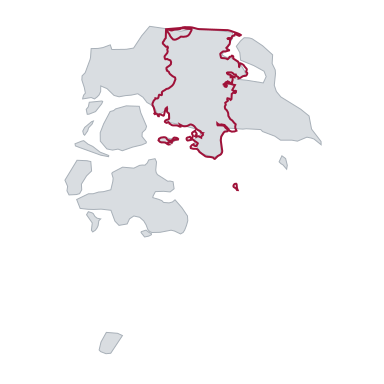 Midtjylland on a map of Denmark (Albers equal-area conic projection), rotated 92°
{"feature_id": "DNK-3416", "entity_name": "Midtjylland", "entity_type": "Region", "adm_level": 1, "iso_a3": "DNK", "parent_name": "Denmark", "parent_adm1": "", "projection": "albers", "projection_center": [9.543, 56.244], "detail": "fine", "context": "in_parent", "style": "outline", "palette": "rose", "viewbox_px": 384, "rotation_deg": 92, "n_neighbors": 0, "source": "natural_earth", "source_scale": "10m", "svg_char_len": 9424}
<svg xmlns="http://www.w3.org/2000/svg" viewBox="0 0 384 384"><g transform="rotate(92 192 192)"><path d="M102.8,304.5L102.1,304.5L99.0,303.7L96.9,302.0L91.3,303.3L83.9,306.0L79.8,305.9L76.5,302.9L63.2,298.5L61.0,298.1L52.2,297.8L51.8,291.0L50.8,286.1L47.8,278.8L52.4,277.1L51.7,262.8L50.2,255.4L37.6,247.7L27.9,240.1L30.6,215.4L31.7,208.7L28.3,195.7L29.0,180.8L31.0,157.3L34.1,156.4L36.3,156.6L45.0,161.0L48.6,161.4L51.0,165.2L53.9,166.8L56.0,162.9L56.9,156.0L63.9,147.2L68.7,144.0L72.0,142.5L75.3,146.1L77.8,150.1L78.4,141.3L80.5,124.6L74.1,121.9L68.8,124.2L63.5,134.7L58.6,148.0L51.0,149.1L44.9,152.8L39.4,148.8L36.0,145.3L36.0,140.2L36.8,137.2L43.4,126.5L52.1,116.2L60.8,116.4L67.1,113.1L70.8,112.7L82.5,113.5L88.6,111.2L93.9,106.5L105.5,86.2L111.9,77.7L125.0,74.7L137.0,64.8L140.3,64.6L134.8,71.9L133.9,74.8L133.2,79.1L137.5,88.4L136.7,94.1L137.1,105.3L133.3,111.2L129.1,123.6L127.2,125.5L126.9,140.0L127.4,143.4L126.9,156.6L131.6,162.0L136.4,164.7L152.6,164.4L154.3,166.7L156.3,170.8L155.0,177.7L153.4,183.0L148.8,187.5L142.8,190.8L139.0,191.1L133.8,184.9L131.4,186.9L128.9,190.1L124.9,207.3L123.0,218.8L121.9,219.8L119.5,218.1L115.3,218.0L110.1,220.8L112.8,223.2L115.7,227.4L114.6,229.6L109.9,231.9L105.9,236.6L104.1,240.1L99.0,244.3L95.7,249.6L97.3,256.1L98.0,261.9L99.4,268.2L98.2,273.3L91.6,280.6L89.2,286.9L94.8,286.8L98.3,288.3L100.3,290.1L102.4,292.7L101.1,296.0L102.8,304.5ZM233.4,222.5L233.9,230.7L232.8,233.1L231.1,234.8L226.5,236.7L222.6,239.2L219.1,243.4L218.0,249.3L221.0,253.5L226.2,255.7L227.9,263.8L223.8,268.0L213.1,272.4L212.3,282.2L212.9,289.8L212.9,295.4L212.3,303.2L203.5,307.0L197.4,295.4L197.2,290.7L195.3,285.3L194.8,280.6L192.6,273.2L184.2,271.5L180.9,271.3L176.4,272.8L175.3,272.3L169.6,262.2L170.2,250.9L167.2,245.3L166.8,242.7L166.8,239.9L164.4,237.6L161.5,236.4L160.0,230.1L163.2,228.5L171.3,229.0L173.7,228.5L175.8,227.2L182.1,216.6L181.8,214.3L182.4,211.3L189.4,210.0L192.7,213.9L192.3,220.4L192.9,228.6L197.3,230.7L199.0,231.0L200.6,224.8L201.7,221.8L203.4,220.1L203.7,214.5L202.6,211.1L200.4,208.7L208.1,201.5L216.1,195.7L220.9,195.2L225.8,196.4L230.3,198.0L232.8,199.5L234.3,202.0L231.6,208.2L230.9,211.6L233.4,222.5ZM144.7,239.6L146.7,243.8L149.2,252.9L153.2,263.1L151.7,267.4L152.9,272.9L151.9,278.6L144.4,285.4L135.9,285.8L127.0,282.7L114.4,276.6L113.4,273.2L111.6,271.2L108.2,260.7L108.2,247.7L114.5,246.0L128.0,239.7L131.1,240.6L134.4,243.8L138.2,243.9L143.6,239.3L144.7,239.6ZM179.5,297.9L188.0,302.8L193.7,302.3L197.6,304.3L198.6,307.5L199.2,314.8L195.2,317.0L190.7,316.5L184.6,319.4L164.3,308.0L164.4,298.1L165.1,294.2L174.5,293.1L179.5,297.9ZM354.7,277.8L353.1,279.3L345.1,277.7L335.3,272.7L335.8,261.5L337.9,256.5L356.0,267.6L356.6,272.3L354.7,277.8ZM150.0,310.1L147.9,310.6L145.0,304.0L144.5,302.0L147.8,297.6L149.9,292.8L155.4,285.2L158.4,276.5L159.6,276.6L158.4,284.4L151.4,306.1L150.0,310.1ZM118.0,299.4L113.1,300.6L110.5,298.6L105.9,297.8L104.2,285.2L104.7,284.4L107.0,285.3L115.0,291.2L117.8,297.6L118.0,299.4ZM235.4,289.8L233.7,291.2L226.4,290.6L218.4,296.6L215.3,294.9L216.3,291.2L217.1,289.9L219.8,288.2L221.5,285.9L222.1,282.3L223.9,284.1L229.0,284.7L231.5,285.8L233.6,287.3L235.4,289.8ZM142.7,225.3L141.9,226.8L139.0,225.3L138.6,220.0L139.6,215.2L138.3,211.0L139.7,208.2L143.9,214.5L145.1,217.5L143.5,221.1L142.7,225.3ZM160.6,104.1L158.8,106.0L152.7,103.4L155.3,99.6L162.0,97.7L165.9,98.2L161.7,102.1L160.6,104.1ZM138.0,302.4L134.9,303.3L131.2,301.5L125.2,294.8L124.5,293.0L127.6,294.2L131.5,297.6L134.6,298.4L139.0,301.3L138.0,302.4ZM238.6,237.8L234.3,241.5L233.4,241.3L231.7,236.6L233.9,233.6L235.2,231.0L236.1,231.1L237.6,233.7L238.6,237.8Z" fill="#d9dde1" stroke="#a8b0b8" stroke-width="1"/><path d="M30.2,223.6L28.6,210.0L28.4,209.2L28.3,208.2L28.5,208.0L29.4,209.1L30.4,215.4L31.2,217.6L31.3,218.5L31.1,219.3L30.7,220.4L30.5,221.4L30.7,222.5L31.1,222.7L33.2,221.6L35.4,219.9L36.5,219.5L38.3,218.1L40.2,216.2L40.4,214.9L40.2,213.5L39.5,212.1L38.8,210.8L37.1,208.5L37.2,206.0L36.7,203.0L35.6,201.1L34.0,199.9L30.5,198.2L29.5,198.1L29.1,198.8L29.1,202.3L29.0,203.9L28.6,205.8L28.8,207.2L28.7,207.7L28.0,207.5L27.8,207.0L27.5,205.2L27.4,199.2L27.6,197.3L28.8,192.2L29.0,190.3L29.0,161.8L29.3,160.4L29.6,159.0L31.8,152.0L32.7,149.8L33.4,148.7L33.7,148.9L33.9,149.7L34.3,150.1L34.2,150.7L32.8,154.0L32.8,154.6L33.4,155.0L34.2,155.1L34.7,157.1L35.1,157.4L36.9,157.8L37.4,158.2L36.8,158.6L36.9,159.3L36.8,160.6L37.0,161.4L37.4,161.8L37.8,161.6L37.9,161.0L37.7,160.3L37.7,159.7L39.1,159.3L41.3,159.3L43.3,159.7L44.2,160.7L44.6,160.8L46.8,162.7L47.4,162.4L48.0,161.7L48.9,159.9L49.2,159.9L50.5,163.8L50.5,164.4L50.3,164.8L50.4,165.6L50.7,166.3L51.4,167.0L52.3,168.1L52.8,168.5L53.6,168.5L56.7,167.7L56.9,167.3L57.1,166.7L57.2,163.9L57.5,162.2L58.1,161.3L57.8,160.6L56.5,159.5L55.7,159.2L55.5,158.8L55.4,158.1L55.2,157.3L54.4,156.9L54.5,156.1L55.1,155.5L57.2,155.4L60.1,150.5L60.8,150.1L62.7,149.5L65.2,149.4L65.3,149.2L64.2,148.8L62.2,148.7L61.7,148.3L62.2,146.8L62.9,145.5L63.4,144.8L64.8,143.8L67.0,141.7L67.8,141.5L69.7,142.1L70.2,142.0L70.7,141.3L71.0,141.0L71.8,140.9L72.9,141.3L73.8,142.0L74.1,143.0L74.4,144.9L75.0,146.0L75.7,146.9L76.3,147.8L76.9,149.5L75.6,149.8L74.3,152.0L73.1,152.3L73.1,152.9L73.3,153.6L72.8,154.3L71.6,155.6L71.1,156.8L71.1,157.8L71.2,160.4L71.6,161.2L72.3,161.1L73.1,160.2L73.7,157.5L74.4,157.4L75.2,157.5L75.9,157.4L75.6,156.6L75.3,156.3L74.8,156.4L74.4,156.8L75.4,154.5L75.6,153.4L75.9,153.4L75.6,155.2L76.8,155.5L78.4,155.3L79.4,155.4L80.1,155.8L81.4,155.8L81.8,156.8L81.6,157.6L80.6,159.1L80.2,160.2L80.7,160.4L80.8,161.3L81.1,161.9L81.5,162.4L82.7,163.0L83.2,164.2L83.6,164.2L84.5,162.4L85.2,163.0L85.7,162.4L85.7,161.3L84.7,160.8L83.3,161.6L83.2,161.9L83.0,162.0L82.5,161.9L82.1,161.7L82.1,161.2L82.3,160.8L82.5,157.7L83.2,155.1L83.6,152.8L88.6,155.3L89.7,153.5L89.3,152.3L89.6,151.5L90.9,151.6L91.6,152.3L91.3,154.3L92.6,155.7L97.7,155.8L98.6,156.6L97.4,158.0L97.1,159.8L98.0,160.1L99.5,159.3L101.7,161.9L103.7,161.3L104.9,162.0L105.7,162.2L107.6,161.8L109.1,160.1L110.9,159.0L112.0,158.6L114.7,158.3L117.8,156.3L119.2,154.2L121.3,152.4L122.8,150.7L125.0,151.1L126.9,150.9L128.1,150.2L129.2,149.7L130.0,151.6L130.3,154.3L129.5,156.6L126.5,159.0L124.3,161.6L123.9,161.8L123.4,165.2L123.8,166.1L123.6,167.3L123.1,168.4L122.5,169.1L123.9,169.0L124.5,168.6L124.4,165.5L124.5,163.2L124.9,162.1L126.8,160.6L128.3,158.6L129.1,158.0L130.0,158.6L130.2,159.1L130.5,161.4L130.7,161.7L132.1,162.8L135.5,164.7L139.2,165.1L150.0,163.2L151.5,163.4L153.0,164.2L153.7,164.9L155.2,167.5L158.1,170.3L158.1,170.8L157.0,171.9L156.5,173.8L156.3,176.0L156.3,177.9L155.9,179.8L151.8,185.9L149.7,187.4L148.9,188.5L148.7,189.6L148.8,192.2L148.2,194.7L146.8,195.0L145.2,193.8L144.1,192.0L145.2,191.7L145.7,191.3L145.9,190.2L145.8,189.1L145.3,188.8L144.7,188.7L144.2,188.3L143.1,187.9L142.0,189.3L141.0,191.1L139.5,192.9L139.9,194.8L140.5,196.9L140.7,198.2L140.3,198.8L139.6,199.2L138.8,199.3L138.2,199.1L137.7,198.4L137.3,196.8L136.9,196.0L138.0,195.1L138.5,194.9L138.1,194.0L137.7,193.6L135.8,193.0L135.4,193.1L134.4,193.8L133.1,194.0L132.3,193.4L131.6,192.3L130.6,191.0L131.6,190.9L133.1,189.6L134.0,189.3L134.6,189.8L135.4,190.6L136.2,190.9L136.8,189.8L136.0,188.5L136.1,187.4L137.4,184.7L136.8,184.7L136.1,184.5L135.5,184.0L135.0,183.4L134.5,183.0L133.3,183.6L132.7,183.1L132.5,184.2L132.3,184.9L131.9,185.2L131.3,185.3L130.9,185.8L129.7,188.5L128.6,190.0L126.2,192.0L125.1,193.6L124.5,195.5L124.8,196.7L125.6,197.9L126.3,199.5L126.6,201.6L126.5,203.2L125.9,204.7L125.1,206.3L126.2,205.7L127.0,205.6L127.2,206.2L126.1,208.8L126.0,209.9L126.1,213.4L125.8,214.7L124.7,216.2L124.6,216.8L123.8,217.1L123.3,217.6L123.0,218.1L123.2,218.3L123.6,219.1L123.8,220.0L123.0,221.4L122.5,221.6L122.0,221.4L121.5,221.1L120.8,219.9L120.3,218.2L119.8,217.6L119.2,217.4L114.8,217.7L114.2,217.9L113.2,219.4L112.0,219.9L109.6,219.7L108.4,220.0L109.6,221.3L116.2,222.7L116.7,223.1L116.5,224.0L115.8,225.6L115.4,227.1L115.5,227.7L116.2,227.9L117.4,227.8L117.4,228.4L115.5,229.5L114.9,230.4L115.5,231.8L114.9,232.4L113.8,231.7L108.7,233.2L106.4,234.5L105.0,234.6L102.2,233.5L100.5,232.1L100.1,231.8L99.6,231.8L99.8,230.9L99.8,230.2L99.6,229.5L99.0,229.0L98.0,228.7L96.5,228.5L96.0,228.2L95.9,227.5L96.3,226.1L96.1,225.6L95.2,225.4L93.6,225.6L92.9,225.3L92.2,224.5L91.0,222.5L90.0,221.3L89.7,220.5L89.5,219.5L89.2,218.9L86.8,215.9L85.7,214.9L84.2,214.0L79.9,212.5L78.2,212.9L76.9,215.5L74.8,218.2L74.0,218.8L73.1,219.1L72.7,219.4L72.1,220.3L71.6,221.3L71.0,221.2L70.5,221.7L69.0,221.9L68.3,221.4L66.5,218.9L65.1,217.6L62.9,217.4L61.2,218.2L60.4,220.6L59.9,221.4L60.2,222.8L60.2,223.3L59.4,223.8L57.9,224.2L57.1,224.0L53.9,221.6L52.4,221.2L50.4,221.7L49.3,221.4L48.9,221.1L48.5,221.1L48.1,221.2L47.5,221.6L47.8,222.7L47.7,223.1L44.7,226.3L43.9,226.4L43.3,226.3L41.7,225.2L40.5,224.7L39.1,223.6L30.2,223.6ZM140.4,218.5L141.0,217.5L141.3,216.2L141.3,214.8L140.6,213.4L139.8,212.8L138.8,212.4L138.2,211.6L138.4,209.5L138.8,208.4L139.5,207.7L140.1,207.9L140.5,211.3L141.2,212.7L142.3,213.6L143.5,214.0L143.1,214.8L142.9,215.7L143.0,216.5L143.2,217.4L144.0,218.5L144.6,218.1L145.3,216.8L145.4,217.3L144.8,218.5L143.6,220.2L143.4,221.6L143.5,224.4L143.0,225.8L141.6,227.3L139.9,226.8L138.7,224.9L138.2,221.9L138.4,220.3L138.9,219.6L139.6,219.2L140.4,218.5ZM182.4,149.4L182.2,148.2L182.7,147.7L186.6,147.2L188.5,146.4L188.5,147.0L188.2,147.1L187.9,147.5L187.1,147.9L185.5,150.5L184.8,150.8L183.9,150.7L183.0,150.2L182.4,149.4Z" fill="none" stroke="#9f1239" stroke-width="2"/></g></svg>